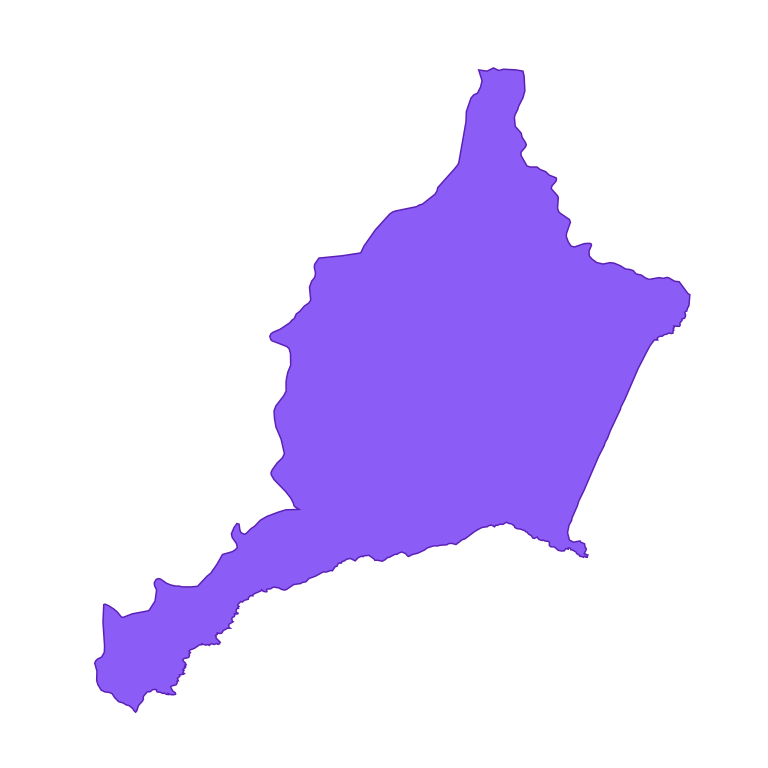 Ilo, Moquegua, Peru (orthographic projection), rotated 265°
{"feature_id": "86281439B75431659471329", "entity_name": "Ilo", "entity_type": "district", "adm_level": 2, "iso_a3": "PER", "parent_name": "Peru", "parent_adm1": "Moquegua", "projection": "orthographic", "projection_center": [-71.301, -17.537], "detail": "fine", "context": "isolated", "style": "filled", "palette": "violet", "viewbox_px": 768, "rotation_deg": 265, "n_neighbors": 0, "source": "geoboundaries", "source_scale": "gbopen_adm2", "svg_char_len": 6115}
<svg xmlns="http://www.w3.org/2000/svg" viewBox="0 0 768 768"><g transform="rotate(265 384 384)"><path d="M688.6,505.7L677.6,508.1L671.5,506.1L665.6,502.5L664.2,498.6L661.3,495.6L648.3,489.8L638.0,488.5L598.0,477.8L595.8,476.5L591.5,472.3L575.0,454.7L571.6,453.6L568.5,451.2L559.8,437.9L559.4,435.3L557.8,431.7L555.4,410.9L554.6,407.6L552.9,404.6L538.5,389.0L523.3,376.2L516.6,372.2L515.4,353.4L515.1,330.1L509.2,325.3L505.9,324.7L501.5,325.4L498.4,325.0L495.9,324.0L492.9,321.0L487.0,318.2L473.9,318.3L471.3,316.2L468.6,311.4L463.8,306.6L461.4,302.7L456.9,300.2L455.6,297.8L453.2,295.5L447.6,285.3L445.2,277.9L443.8,275.7L441.4,274.4L438.2,275.1L436.9,276.0L429.9,290.2L427.6,292.5L422.5,293.5L410.9,292.7L404.3,289.3L398.5,287.5L394.7,286.6L385.6,285.9L381.2,283.2L371.5,274.3L366.7,272.1L359.0,271.9L350.6,272.6L337.9,276.7L323.3,278.7L319.2,276.3L314.9,270.9L308.4,265.3L305.8,263.8L303.5,263.7L298.3,266.1L285.5,276.6L278.6,281.1L273.5,283.2L269.9,284.0L266.5,288.4L267.2,275.3L265.6,267.6L262.3,255.9L259.1,249.0L253.4,242.5L251.6,239.0L247.1,233.7L246.5,231.9L248.3,228.6L251.1,227.7L257.0,227.4L257.8,225.3L253.8,221.9L248.0,218.9L244.3,219.4L238.1,223.0L235.0,223.6L233.6,223.4L231.7,221.2L230.2,218.3L228.2,208.2L219.0,201.9L210.6,194.9L208.0,191.0L198.7,180.6L198.7,173.7L199.5,165.2L200.5,162.4L200.8,159.0L202.5,153.7L204.6,149.8L209.1,144.5L209.8,142.4L209.3,140.1L206.0,137.8L202.9,137.9L198.7,139.5L187.7,137.0L179.3,130.5L178.6,129.3L177.0,113.3L174.2,103.5L175.0,101.9L180.2,98.4L183.4,95.2L186.9,90.7L189.0,86.9L188.7,85.6L171.5,83.3L147.5,82.8L141.1,82.0L136.6,78.9L135.0,74.7L133.4,72.8L131.2,71.5L122.9,73.0L113.6,71.9L109.4,72.8L103.8,75.5L101.6,79.1L100.7,83.4L99.2,86.2L95.1,88.3L90.8,91.8L88.8,96.6L86.9,99.0L85.7,102.3L81.9,105.9L80.7,106.2L78.7,108.0L80.2,109.4L85.0,111.3L89.2,115.8L91.2,116.9L92.9,116.8L94.2,117.5L97.9,121.3L97.9,124.4L99.7,126.9L99.7,129.2L99.2,130.7L97.7,130.7L96.9,131.4L96.5,134.1L95.1,136.4L95.1,138.5L93.9,139.9L93.4,142.2L94.4,142.0L92.9,145.3L92.8,148.5L93.3,149.4L94.5,149.2L96.6,146.8L100.7,145.0L101.6,145.9L102.5,150.7L104.2,151.9L105.9,151.9L106.2,153.3L108.7,152.5L110.6,155.1L112.1,154.9L112.3,158.9L113.0,160.0L114.0,158.3L116.1,159.8L117.0,158.7L118.5,161.0L119.2,160.6L119.5,161.6L120.0,161.0L120.6,161.4L121.2,161.1L121.5,162.5L123.6,161.6L125.9,159.6L127.1,159.7L127.9,160.9L128.6,165.5L130.5,166.6L132.3,166.2L133.2,167.8L134.8,166.5L136.0,167.8L137.2,172.1L140.2,177.4L140.2,179.8L141.0,179.8L139.4,183.8L139.8,186.1L138.8,187.1L140.4,189.5L139.3,192.1L140.1,194.6L139.0,196.0L139.6,197.5L140.2,197.5L140.9,198.4L145.6,194.5L146.7,194.8L148.1,194.2L149.1,196.1L150.6,196.2L149.7,198.7L150.0,200.7L152.4,202.4L154.3,206.8L154.2,209.4L155.1,208.3L158.1,208.4L160.3,213.0L161.2,212.1L163.7,212.0L164.9,212.7L165.2,214.4L166.6,215.2L168.2,214.9L167.6,217.6L167.9,218.5L168.5,218.5L170.0,216.5L173.2,217.9L173.2,219.5L174.6,219.2L175.0,220.2L176.4,219.1L177.1,219.2L179.8,222.4L179.1,223.8L180.7,226.1L181.4,230.0L182.5,230.1L184.8,232.4L184.4,235.0L185.3,235.0L186.3,236.3L188.6,243.3L189.7,244.1L187.9,245.8L187.2,248.6L187.4,249.3L189.1,249.1L189.9,249.7L189.8,253.0L191.4,256.3L189.9,261.7L188.3,264.0L187.3,267.1L187.9,269.2L192.1,276.6L192.5,283.7L193.6,285.6L193.7,288.9L196.8,292.4L198.5,298.9L202.1,307.0L201.7,310.3L202.9,314.9L202.4,316.3L206.2,319.4L206.6,321.3L209.1,322.7L209.6,323.9L209.2,325.6L210.7,326.8L211.4,329.6L212.7,331.4L213.1,335.4L210.3,339.9L213.2,343.1L214.4,346.6L213.8,348.2L214.6,349.1L214.6,354.1L210.7,358.7L209.1,359.6L209.0,362.1L207.6,366.8L208.8,369.7L210.7,372.2L210.9,374.2L213.4,380.1L213.2,382.2L214.4,384.3L215.1,387.1L213.4,390.5L210.4,392.7L210.0,393.5L211.6,397.2L212.5,402.8L215.2,410.2L216.8,412.5L218.4,419.0L218.0,423.2L218.5,426.2L218.3,432.6L219.3,434.3L219.4,437.5L217.8,441.7L222.1,448.4L222.6,451.0L229.2,461.6L232.0,467.6L232.6,469.7L232.8,474.4L233.7,475.8L234.1,478.9L232.1,481.6L233.6,483.1L233.3,484.9L234.2,487.0L233.8,490.3L235.7,494.0L234.4,495.7L233.4,499.0L231.2,501.5L229.8,501.7L228.4,503.6L227.6,507.2L225.4,511.8L224.4,512.4L224.1,513.5L221.9,514.9L220.2,517.4L217.4,519.0L217.1,520.4L218.2,523.2L215.7,524.6L214.3,527.9L214.7,529.4L213.9,530.0L213.2,531.9L213.0,533.8L211.9,535.0L208.7,534.6L207.2,536.1L206.9,539.4L203.1,543.1L202.1,546.4L202.1,549.1L204.2,550.8L203.4,553.1L204.5,553.1L204.8,553.9L204.0,555.3L202.5,555.7L202.4,557.0L199.8,560.7L198.4,561.1L196.0,564.1L195.1,564.2L195.0,565.8L194.0,567.6L195.0,568.8L193.8,570.0L193.7,571.4L195.8,572.1L195.6,571.4L196.5,571.1L197.5,568.7L201.7,571.2L203.0,570.9L203.9,570.1L207.3,569.9L209.2,566.4L210.6,565.6L209.9,559.0L212.4,555.1L219.9,553.9L227.2,556.0L231.7,559.0L234.3,559.7L245.5,565.9L250.5,567.9L260.6,574.0L293.5,591.7L303.3,597.9L306.5,599.2L310.4,601.9L317.4,605.2L338.3,617.4L340.4,618.0L348.1,622.8L377.2,638.5L392.3,648.0L398.9,652.3L404.3,657.1L404.0,660.5L405.5,660.1L407.0,661.5L407.6,663.6L407.3,665.3L408.6,667.1L409.1,670.4L410.0,672.2L409.3,674.3L409.4,676.2L411.7,676.6L412.3,677.4L413.9,676.9L414.8,678.0L416.5,677.7L415.7,683.2L416.8,684.2L419.0,684.1L421.5,686.5L422.8,686.5L423.3,689.1L425.1,690.2L426.9,690.4L428.9,689.8L430.0,690.7L430.3,692.0L432.9,692.8L435.4,694.6L446.3,696.5L447.7,694.6L460.1,687.0L461.1,682.4L465.2,676.6L465.5,674.6L464.9,671.7L466.0,667.2L465.1,657.2L467.0,653.5L470.0,650.0L471.7,644.7L475.2,642.2L476.6,639.1L477.5,634.7L481.2,629.7L484.3,623.9L485.2,619.7L484.4,612.7L486.4,606.6L490.2,602.2L493.6,599.7L498.4,599.8L504.1,602.8L505.4,602.6L506.2,601.3L506.4,595.8L503.9,585.6L505.0,582.5L509.4,580.0L515.3,578.4L518.5,579.1L528.9,583.8L531.6,583.1L538.7,574.5L540.5,573.0L544.0,572.2L554.7,573.9L556.5,573.2L564.0,567.6L566.7,568.6L571.0,573.0L573.1,573.7L574.3,573.5L577.7,566.8L581.5,563.5L583.9,558.5L586.8,555.3L587.4,548.7L588.7,545.5L599.5,540.5L603.0,540.7L607.8,545.6L609.8,546.6L612.2,546.0L617.7,543.1L622.0,542.5L629.2,537.2L637.9,537.1L640.5,537.9L646.1,541.3L648.9,542.3L657.1,547.4L663.8,549.9L678.4,550.4L683.6,549.7L685.5,542.4L687.2,530.3L686.3,525.9L689.3,520.6L686.7,513.9L688.6,505.7Z" fill="#8b5cf6" stroke="#5b21b6" stroke-width="1.5"/></g></svg>